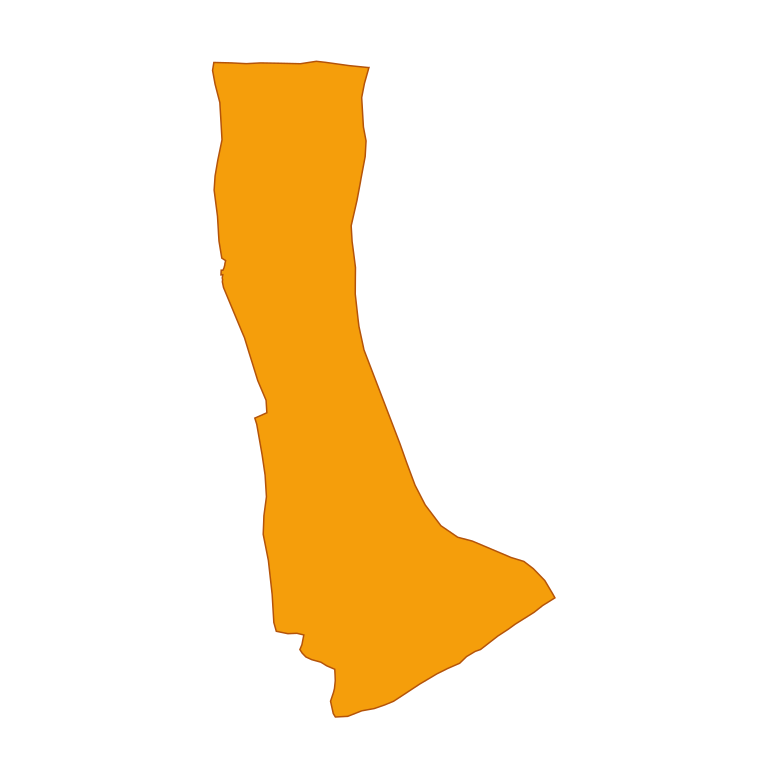 Akoko North East, Ondo, Nigeria, rotated 87°
{"feature_id": "59680162B30693560799830", "entity_name": "Akoko North East", "entity_type": "district", "adm_level": 2, "iso_a3": "NGA", "parent_name": "Nigeria", "parent_adm1": "Ondo", "projection": "natural_earth1", "projection_center": [5.819, 7.563], "detail": "fine", "context": "isolated", "style": "filled", "palette": "amber", "viewbox_px": 768, "rotation_deg": 87, "n_neighbors": 0, "source": "geoboundaries", "source_scale": "gbopen_adm2", "svg_char_len": 1797}
<svg xmlns="http://www.w3.org/2000/svg" viewBox="0 0 768 768"><g transform="rotate(87 384 384)"><path d="M606.5,224.5L602.6,226.4L588.7,233.7L576.3,244.5L568.5,253.6L563.9,266.2L545.5,304.0L540.9,318.4L528.5,334.6L506.9,349.2L492.9,355.5L486.7,358.3L463.4,365.6L444.8,371.1L348.6,402.3L347.0,402.5L325.3,406.0L318.2,406.5L292.7,408.0L277.3,407.1L266.3,406.4L264.6,406.5L248.6,407.7L239.9,408.4L224.3,408.5L199.4,401.4L181.2,397.0L177.6,396.2L155.9,390.9L140.3,389.2L126.3,391.1L113.9,391.2L96.8,391.3L82.8,387.8L67.2,382.5L67.2,382.9L64.2,402.3L59.7,425.7L58.2,434.7L59.8,450.8L58.3,470.6L56.9,490.4L56.9,504.7L55.4,519.1L54.0,537.1L61.8,538.8L75.7,537.0L94.4,533.2L97.1,533.2L109.9,533.1L131.7,533.0L151.9,538.3L167.4,541.8L179.9,543.3L181.4,543.5L207.8,541.5L220.9,541.4L225.1,541.4L232.7,541.3L244.5,540.0L249.8,539.4L252.5,535.7L255.6,536.6L257.1,536.8L258.0,537.2L259.2,537.5L260.8,538.3L262.0,539.0L261.8,540.6L266.5,541.1L266.4,539.3L267.8,539.6L269.6,540.0L271.4,539.7L273.5,540.1L279.3,539.2L324.8,523.0L327.0,522.2L330.5,520.9L345.7,517.1L357.4,514.1L374.0,509.9L394.1,502.6L406.6,502.5L411.3,514.8L417.5,513.2L433.0,511.3L448.6,509.4L468.8,507.5L490.5,507.3L509.2,510.8L515.9,511.4L527.8,512.5L554.2,508.7L588.4,506.7L616.4,506.5L625.3,504.5L628.3,493.1L628.4,484.0L630.4,477.2L640.0,479.6L644.8,481.9L648.6,479.7L652.5,476.3L655.5,470.6L656.6,467.3L658.5,461.6L662.4,456.0L666.3,448.1L672.1,448.1L677.8,448.2L685.5,449.4L689.4,450.6L698.0,454.0L710.5,451.9L714.0,450.0L714.0,437.6L709.2,423.3L707.6,410.7L704.5,400.0L701.3,391.0L691.9,374.9L685.6,364.2L680.9,355.2L676.2,346.3L671.5,335.5L666.8,323.0L660.5,315.8L655.8,306.9L654.2,301.5L648.0,292.6L641.7,283.6L635.5,272.9L630.8,265.7L619.8,246.0L613.5,237.1L606.5,224.5Z" fill="#f59e0b" stroke="#b45309" stroke-width="1.5"/></g></svg>